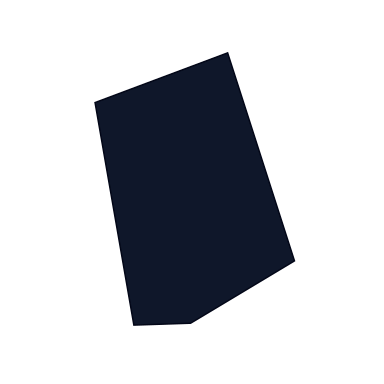 map outline of Curepipe (Robinson projection), rotated 105°
{"feature_id": "MUS-5183", "entity_name": "Curepipe", "entity_type": "City", "adm_level": 1, "iso_a3": "MUS", "parent_name": "Mauritius", "parent_adm1": "", "projection": "robinson", "projection_center": [57.517, -20.322], "detail": "fine", "context": "isolated", "style": "filled", "palette": "ink", "viewbox_px": 384, "rotation_deg": 105, "n_neighbors": 0, "source": "natural_earth", "source_scale": "10m", "svg_char_len": 240}
<svg xmlns="http://www.w3.org/2000/svg" viewBox="0 0 384 384"><g transform="rotate(105 192 192)"><path d="M48.4,193.6L232.0,75.2L319.1,159.4L335.6,213.7L130.7,308.8L48.4,193.6Z" fill="#0f172a" stroke="#020617" stroke-width="1.5"/></g></svg>